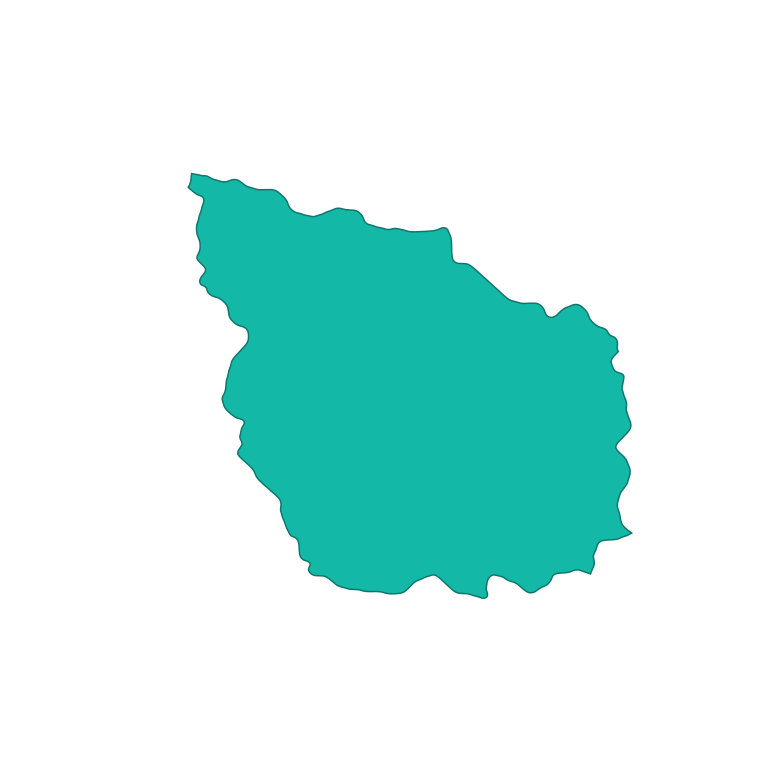 Hato Mayor del Rey, Hato Mayor, Dominican Republic (Mercator projection), rotated 132°
{"feature_id": "3306468B72856581619047", "entity_name": "Hato Mayor del Rey", "entity_type": "district", "adm_level": 2, "iso_a3": "DOM", "parent_name": "Dominican Republic", "parent_adm1": "Hato Mayor", "projection": "mercator", "projection_center": [-69.331, 18.711], "detail": "fine", "context": "isolated", "style": "filled", "palette": "teal", "viewbox_px": 768, "rotation_deg": 132, "n_neighbors": 0, "source": "geoboundaries", "source_scale": "gbopen_adm2", "svg_char_len": 6171}
<svg xmlns="http://www.w3.org/2000/svg" viewBox="0 0 768 768"><g transform="rotate(132 384 384)"><path d="M386.9,103.4L383.9,104.7L379.0,106.3L377.3,107.2L375.2,109.0L372.6,112.5L371.3,113.6L369.6,114.3L365.1,115.7L361.0,117.6L359.1,118.1L358.1,118.1L356.1,117.8L355.1,117.4L353.4,116.2L351.1,114.2L345.7,108.9L344.1,107.5L342.4,106.4L338.7,104.7L333.6,101.8L329.0,100.2L329.5,104.4L329.6,108.7L329.3,111.9L328.7,113.9L327.1,116.6L322.5,122.5L320.2,126.9L318.4,129.2L316.2,130.9L308.4,134.7L305.4,135.6L298.1,136.2L295.1,136.8L286.3,140.9L284.1,142.7L282.3,144.9L278.9,151.9L278.1,153.7L277.6,157.0L277.4,164.7L277.2,166.7L276.5,168.6L275.9,169.4L275.1,170.0L273.4,170.7L270.5,171.0L259.2,170.6L254.7,170.7L252.5,171.2L251.5,171.6L250.7,172.0L249.1,173.2L247.4,175.4L245.3,179.8L241.6,186.1L240.4,187.4L236.9,190.0L235.0,192.1L234.0,193.8L232.4,197.3L228.5,203.6L227.2,204.8L219.0,209.8L217.8,210.9L217.4,211.7L217.2,212.5L217.3,214.3L219.3,218.8L219.7,220.7L219.7,221.7L219.5,222.7L218.9,224.4L216.8,228.3L215.7,229.8L215.1,230.4L214.2,230.9L213.4,231.3L211.5,231.7L208.4,231.8L203.0,231.6L202.4,233.2L201.5,234.6L200.9,235.2L198.1,237.1L196.3,239.1L195.5,240.7L195.1,242.6L195.2,244.4L196.2,247.5L196.5,249.0L196.3,250.6L195.3,253.7L195.2,255.6L195.3,256.5L195.8,258.3L197.4,261.7L198.0,263.5L198.4,265.6L198.6,268.7L198.4,271.9L198.0,274.0L197.3,275.8L195.2,280.0L194.6,282.0L194.3,284.1L194.2,288.3L194.4,290.4L195.0,292.4L196.1,294.1L197.4,295.5L199.0,296.6L206.0,300.0L207.8,300.7L210.8,301.3L217.1,301.7L219.1,302.1L220.9,302.9L222.4,304.1L223.5,305.6L223.9,306.5L224.2,308.4L223.9,310.4L221.5,315.2L221.0,317.1L220.8,320.2L221.1,322.2L221.8,324.2L223.0,325.9L225.1,328.3L230.3,333.7L232.3,336.2L236.7,345.0L237.4,346.9L237.9,350.2L238.0,353.5L237.8,392.2L237.9,395.6L238.2,398.9L238.6,401.0L239.5,403.0L240.7,404.7L244.7,409.5L245.6,411.4L245.9,412.4L245.9,414.4L245.3,416.4L244.2,418.1L241.3,421.3L233.2,429.0L230.4,432.3L229.3,434.2L226.8,439.8L226.6,441.5L226.8,442.4L227.7,443.9L228.9,445.1L230.5,446.0L234.0,447.6L237.4,450.1L242.2,454.7L250.0,462.6L252.2,465.0L254.1,467.6L256.7,473.0L260.5,479.4L261.7,480.6L263.9,482.1L265.3,483.2L266.6,484.5L267.7,486.1L269.4,489.7L272.3,494.7L273.8,498.4L275.5,501.7L276.2,503.4L276.4,505.4L276.1,507.3L273.8,512.3L273.3,514.2L273.2,517.3L273.5,519.3L273.8,520.3L274.2,521.3L275.4,523.1L280.0,529.0L282.9,534.3L284.8,536.4L286.4,537.5L290.0,539.2L295.0,541.9L298.8,543.4L306.0,547.7L306.7,548.2L307.8,549.7L311.6,556.1L313.1,559.8L315.4,564.0L315.7,564.9L316.2,566.9L316.3,570.1L316.0,572.1L315.4,574.0L313.2,578.2L312.2,582.1L312.1,587.5L312.2,590.7L312.5,592.8L313.1,594.8L314.7,597.5L316.8,599.9L322.7,606.2L323.9,607.8L324.9,609.6L328.7,617.6L329.3,620.6L329.8,626.8L330.3,628.8L330.6,629.8L331.6,631.4L332.9,632.8L334.4,633.9L338.7,636.1L340.1,637.3L341.4,638.7L342.4,640.4L346.2,648.2L347.4,652.9L347.9,654.6L348.8,656.0L350.9,658.5L352.6,661.7L356.4,667.8L361.6,664.0L364.1,662.5L365.9,661.8L368.9,661.1L368.8,655.6L368.5,651.4L367.8,648.5L366.9,646.2L366.4,644.6L366.4,643.8L366.6,643.0L367.4,641.5L368.0,640.9L369.4,639.8L373.7,637.9L377.9,635.7L382.5,633.8L386.7,631.5L390.4,629.9L392.9,628.3L395.3,626.0L397.5,623.5L398.6,621.6L400.9,617.1L402.1,615.3L404.4,613.0L406.0,611.6L407.8,610.5L409.6,609.7L413.9,608.4L415.4,607.4L415.9,606.7L416.3,605.8L416.7,603.9L417.0,597.6L417.2,595.6L417.9,593.8L418.5,593.0L419.3,592.4L421.2,591.8L427.3,591.3L429.3,590.7L430.1,590.3L431.4,589.2L432.3,587.7L432.5,586.9L432.5,586.1L431.5,582.7L431.4,581.1L431.7,579.7L433.2,577.4L433.5,576.7L433.9,574.9L433.9,573.1L433.4,570.2L431.4,565.9L430.6,564.0L430.1,560.6L430.1,557.1L430.6,553.7L431.5,551.7L432.7,550.0L436.7,545.0L437.8,543.2L438.4,541.0L438.7,537.6L438.7,535.3L438.3,533.0L437.7,530.9L435.7,526.8L435.2,524.9L435.1,523.9L435.4,521.9L435.7,520.9L436.8,519.1L438.2,517.5L440.6,515.4L442.4,514.2L444.5,513.4L446.8,513.0L449.1,512.9L463.3,513.1L466.8,512.8L469.0,512.3L474.1,509.7L477.8,508.2L482.8,505.3L486.4,503.7L488.2,502.5L493.3,498.6L495.1,497.5L496.9,496.7L501.4,495.4L503.0,494.6L504.2,493.3L507.5,487.8L508.2,485.8L508.7,482.5L508.7,477.8L508.3,473.3L507.5,470.1L505.9,467.0L505.3,465.5L505.3,463.8L505.5,462.9L506.0,462.2L506.6,461.6L507.4,461.2L511.6,460.2L513.4,459.5L519.6,455.9L520.7,454.6L522.0,451.6L522.8,450.2L523.3,449.6L524.1,449.1L525.8,448.5L530.6,447.8L532.4,447.1L533.2,446.5L533.8,445.8L534.4,444.1L534.7,442.2L534.8,430.0L534.9,426.5L535.2,424.3L535.8,422.2L538.2,417.0L538.7,414.9L539.0,412.7L539.2,407.0L539.0,389.5L539.3,386.1L539.7,383.9L540.6,382.1L541.7,380.6L543.1,379.3L545.9,377.4L547.2,376.2L551.1,370.0L553.2,365.4L556.0,360.4L558.4,354.3L558.9,352.8L558.9,351.2L557.9,348.1L557.5,346.4L557.6,344.5L557.8,343.6L558.8,341.7L560.1,339.9L565.6,334.3L567.0,332.6L568.1,330.8L568.5,329.8L568.7,328.8L568.7,326.9L568.2,325.1L567.2,322.9L566.7,321.4L566.6,319.8L566.8,319.1L567.2,318.4L567.8,317.9L569.1,317.3L571.2,316.7L572.6,315.8L573.1,315.1L573.7,313.4L573.8,312.5L573.8,310.6L573.2,308.6L572.8,307.7L571.6,305.9L567.5,301.0L566.5,299.1L566.1,298.1L565.5,294.7L565.1,285.7L564.7,283.5L564.1,281.5L559.7,272.6L553.7,265.0L551.4,260.4L550.2,258.6L548.1,256.0L543.4,250.9L541.3,248.3L540.1,246.5L537.8,241.9L535.8,239.1L532.8,235.7L529.5,232.6L526.7,230.7L525.7,230.2L523.5,229.6L520.2,229.2L512.2,228.9L509.0,228.2L503.8,225.7L499.2,223.7L493.8,220.4L492.5,219.2L491.6,217.4L491.0,214.4L491.0,211.2L491.2,196.4L491.0,193.1L490.5,191.0L490.2,190.0L489.2,188.1L484.5,182.2L483.3,180.4L481.7,176.7L479.5,172.4L477.6,168.1L476.6,166.7L475.3,165.6L474.5,165.3L473.6,165.1L472.8,165.3L472.0,165.6L471.3,166.1L470.2,167.2L468.6,170.1L467.5,171.3L462.1,174.9L460.4,175.7L458.5,176.2L456.5,176.3L454.6,176.0L452.9,175.1L451.7,173.7L448.6,168.1L447.9,166.2L447.0,161.2L446.4,159.2L444.1,154.0L443.6,152.0L443.4,149.9L443.2,142.4L442.9,139.3L442.3,137.3L441.9,136.4L440.6,134.9L439.2,133.7L437.4,132.8L430.5,131.2L426.2,129.2L424.3,128.6L422.3,128.3L419.3,128.5L417.4,128.9L413.5,130.2L411.8,130.1L410.1,129.4L407.8,127.6L403.2,123.2L400.8,121.2L399.1,120.0L395.5,118.3L394.0,117.1L392.6,115.8L391.5,114.2L391.1,113.3L386.9,103.4Z" fill="#14b8a6" stroke="#0f766e" stroke-width="1.5"/></g></svg>